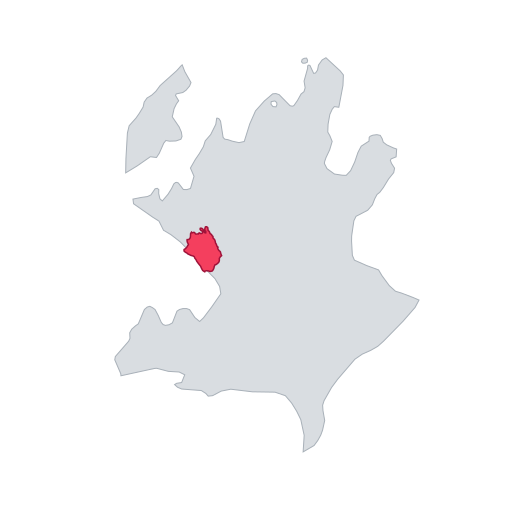 Fuzuli District, Füzuli, Azerbaijan shown in context, rotated 80°
{"feature_id": "54616110B29637726057754", "entity_name": "Fuzuli District", "entity_type": "district", "adm_level": 2, "iso_a3": "AZE", "parent_name": "Azerbaijan", "parent_adm1": "Füzuli", "projection": "natural_earth1", "projection_center": [47.279, 39.566], "detail": "fine", "context": "in_parent", "style": "filled", "palette": "rose", "viewbox_px": 512, "rotation_deg": 80, "n_neighbors": 0, "source": "geoboundaries", "source_scale": "gbopen_adm2", "svg_char_len": 4890}
<svg xmlns="http://www.w3.org/2000/svg" viewBox="0 0 512 512"><g transform="rotate(80 256 256)"><path d="M350.5,409.8L348.5,409.6L333.7,413.1L330.6,412.0L317.8,396.2L315.2,394.4L309.7,393.7L306.5,391.1L303.9,386.9L302.4,383.7L289.3,375.2L287.4,372.0L287.1,369.3L289.0,366.8L291.2,364.7L297.6,362.6L305.0,360.8L307.4,359.4L308.6,357.2L308.6,353.5L307.3,349.9L296.6,343.4L295.4,340.6L295.1,337.1L295.7,333.5L297.3,330.7L306.0,326.9L310.7,322.9L307.8,318.5L298.3,308.3L287.1,297.2L279.7,297.1L271.1,300.4L257.4,309.9L249.8,313.9L239.8,320.7L229.0,328.1L220.2,336.1L214.6,342.6L204.8,345.5L199.8,351.0L183.3,367.5L178.6,367.3L178.4,359.1L178.6,352.6L177.6,348.9L172.3,343.7L172.2,341.5L173.7,340.2L177.7,341.0L183.0,340.7L185.5,338.7L179.9,331.9L174.9,327.4L170.7,324.4L169.7,322.6L169.7,321.3L170.6,319.8L177.9,316.0L178.6,312.6L178.1,308.8L166.7,303.2L158.0,305.3L150.4,299.0L145.4,294.1L139.3,288.9L133.8,286.0L128.5,279.5L119.3,272.7L113.5,270.8L113.6,269.8L114.6,268.5L117.1,267.5L133.5,267.8L135.5,266.5L136.5,263.6L138.8,259.4L141.4,253.1L141.2,247.7L124.8,239.2L113.0,231.3L104.8,220.9L99.2,211.4L99.5,208.2L101.1,205.2L113.9,196.4L114.8,194.2L114.5,192.6L110.0,188.1L104.3,183.5L102.5,180.2L98.9,178.4L92.1,178.3L80.2,172.6L77.7,172.1L77.1,171.0L77.7,169.8L86.2,167.5L86.1,165.6L83.6,163.1L78.8,161.3L74.4,156.8L72.9,152.7L88.4,140.9L92.9,138.5L103.0,140.7L123.9,148.6L122.5,152.9L124.6,155.4L129.4,158.7L138.6,162.1L146.4,163.8L150.3,162.4L156.4,161.1L164.2,165.0L171.3,170.0L174.9,172.0L176.8,172.6L182.3,170.9L188.9,164.5L191.5,156.8L192.2,153.1L188.4,148.0L180.6,142.5L171.7,137.6L166.1,133.3L162.5,124.8L158.8,123.9L157.9,122.8L157.3,119.9L157.5,115.9L158.8,112.7L162.3,111.4L166.0,110.9L169.2,108.0L173.3,102.1L175.1,98.9L182.7,100.8L183.8,106.0L185.1,107.1L188.3,106.5L193.6,104.3L197.8,105.9L203.2,112.1L210.7,118.7L214.8,123.1L216.4,126.1L220.2,129.1L225.8,132.5L230.3,138.0L234.3,150.6L238.3,153.5L252.8,158.3L257.9,159.3L272.1,161.0L277.2,159.8L284.5,148.9L291.0,137.7L297.2,135.4L308.3,129.9L314.9,124.8L317.7,119.3L323.9,108.9L327.7,103.1L334.3,108.3L345.7,122.4L362.1,145.3L366.1,151.8L368.8,159.3L371.1,168.4L374.8,176.5L391.5,196.9L398.6,204.4L410.3,214.1L414.5,216.3L419.9,216.9L429.9,216.9L439.1,220.7L443.7,223.4L448.4,227.2L452.7,231.7L457.1,243.6L441.0,239.7L424.9,240.3L415.9,242.9L407.1,246.4L398.7,251.3L393.4,260.9L389.1,283.2L382.8,304.0L383.0,313.7L386.0,323.0L385.7,327.4L382.7,329.2L379.0,333.2L374.1,352.3L371.6,356.1L368.5,358.5L367.6,356.2L367.7,351.2L360.6,346.8L356.9,351.8L354.4,362.3L349.3,373.4L349.1,375.5L350.5,409.8ZM111.8,213.4L112.6,210.4L110.6,209.1L108.4,209.0L106.6,210.5L106.6,214.2L109.1,214.9L111.8,213.4ZM58.4,300.2L56.0,297.2L54.9,295.5L62.1,294.1L73.9,289.9L77.1,291.9L80.6,296.1L82.3,299.7L82.5,306.4L83.9,307.4L89.7,305.2L92.3,307.9L96.7,311.1L104.4,314.3L115.5,309.3L121.0,308.0L125.5,308.1L128.0,309.7L128.8,314.9L127.9,321.3L126.6,324.7L128.9,327.3L138.0,333.4L141.7,336.9L139.9,342.8L146.6,357.3L148.8,362.9L151.5,369.9L137.6,367.2L112.6,361.3L105.7,358.3L99.3,350.2L95.4,346.3L89.7,341.3L85.0,339.4L81.5,335.9L79.5,330.8L76.5,326.1L71.4,320.7L59.9,302.2L58.4,300.2ZM74.3,176.4L72.7,177.5L70.4,176.4L69.7,174.1L69.9,171.8L72.2,171.2L74.1,171.9L74.6,174.0L74.3,176.4Z" fill="#d9dde1" stroke="#a8b0b8" stroke-width="1"/><path d="M240.5,292.0L240.0,292.2L239.3,292.9L237.4,293.0L236.7,293.5L236.0,293.6L234.9,293.6L233.9,293.7L233.1,293.8L232.0,294.3L231.4,294.9L230.5,295.2L229.6,295.0L229.1,295.1L228.4,295.7L227.1,296.1L226.4,296.8L225.8,297.4L224.7,297.5L223.5,297.9L222.6,298.7L219.6,298.6L218.6,299.5L218.5,300.7L219.5,301.3L220.4,301.7L221.3,301.9L222.3,301.8L222.8,301.2L223.6,301.2L224.5,301.5L224.3,302.1L224.1,302.5L223.4,302.8L222.7,303.2L221.2,303.3L220.1,303.8L219.3,304.6L219.0,305.5L219.0,306.0L219.7,306.4L220.1,306.4L221.0,306.0L221.6,305.5L221.7,305.1L222.7,304.4L223.7,304.5L224.4,305.3L224.4,305.8L224.3,306.6L224.1,307.0L223.5,307.4L223.4,308.1L223.8,308.5L224.3,308.9L224.1,309.6L224.1,310.4L224.0,311.4L223.4,312.0L222.4,312.3L221.9,313.0L222.1,314.9L221.3,315.4L222.5,316.5L224.2,316.9L225.2,317.1L226.4,317.5L227.3,318.2L227.9,319.0L228.0,320.1L227.9,321.0L229.1,321.3L230.6,321.2L232.1,320.7L233.1,320.6L234.0,321.5L234.9,322.2L235.5,322.9L236.6,324.2L236.9,325.4L237.5,325.9L238.1,325.9L238.9,325.9L240.2,324.7L240.9,323.7L242.1,322.8L243.2,321.2L244.0,320.2L245.2,317.7L246.0,316.9L247.6,316.6L249.2,315.7L250.8,315.3L252.2,314.6L253.3,314.1L254.7,313.3L256.3,312.4L259.1,311.7L261.0,311.0L262.1,309.9L262.6,309.3L262.1,309.1L261.9,307.2L262.4,305.5L263.3,304.0L263.2,301.8L262.1,300.5L260.5,299.5L259.0,298.9L257.5,297.8L257.5,296.8L256.6,295.0L255.5,293.6L254.2,292.9L251.9,292.5L250.5,291.2L249.7,289.8L248.5,290.1L247.0,290.3L245.9,290.3L245.1,290.7L244.2,291.5L243.3,291.9L242.6,292.2L241.5,292.4L240.7,292.3L240.5,292.1L240.5,292.0Z" fill="#f43f5e" stroke="#9f1239" stroke-width="1.5"/></g></svg>